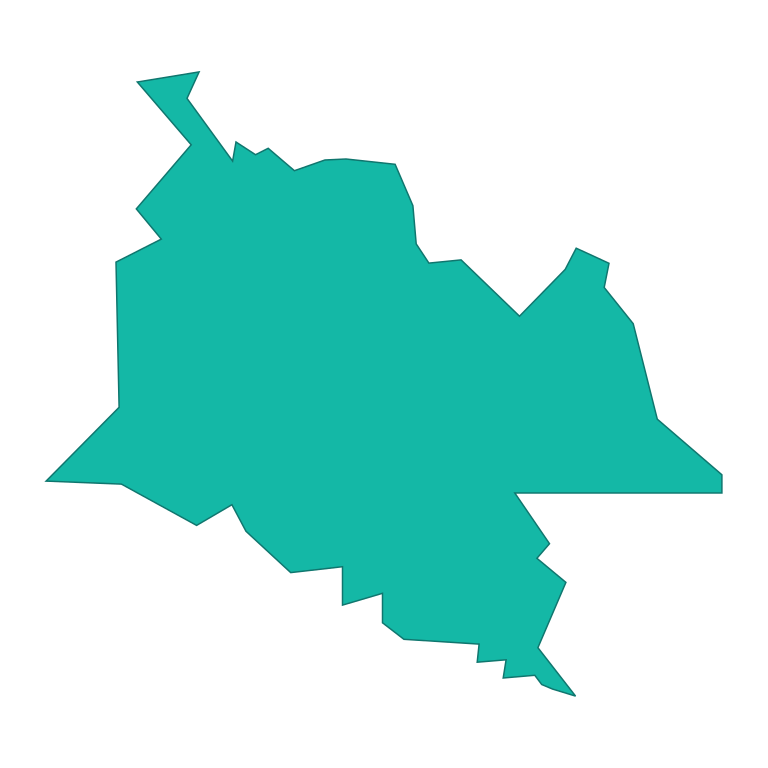 the district of Fier, Fier, Albania
{"feature_id": "67620474B94080737422449", "entity_name": "Fier", "entity_type": "district", "adm_level": 2, "iso_a3": "ALB", "parent_name": "Albania", "parent_adm1": "Fier", "projection": "natural_earth1", "projection_center": [19.572, 40.718], "detail": "fine", "context": "isolated", "style": "filled", "palette": "teal", "viewbox_px": 768, "rotation_deg": 0, "n_neighbors": 0, "source": "geoboundaries", "source_scale": "gbopen_adm2", "svg_char_len": 823}
<svg xmlns="http://www.w3.org/2000/svg" viewBox="0 0 768 768"><path d="M199.1,71.9L137.3,82.0L191.2,144.8L136.3,208.9L161.3,239.1L116.0,262.1L119.1,407.3L46.1,481.1L121.4,484.1L196.6,525.4L231.9,504.7L246.0,531.3L290.7,572.6L342.5,566.7L342.5,605.1L382.5,593.3L382.5,622.8L403.9,639.3L479.1,644.1L477.2,662.2L506.1,659.8L503.2,678.0L514.6,677.0L514.9,677.0L532.2,675.5L534.8,675.3L541.7,684.5L552.6,689.1L575.6,696.1L575.4,695.9L537.9,647.7L565.9,582.4L536.9,558.3L549.5,543.7L514.8,493.0L721.9,493.0L721.9,474.8L657.3,419.2L633.2,323.7L604.2,287.5L609.0,263.3L576.2,248.2L565.2,269.4L519.5,316.2L461.1,259.9L428.9,263.1L416.2,243.9L412.9,205.7L395.1,164.3L346.0,159.0L324.9,160.0L294.4,170.7L268.2,148.3L255.5,154.7L236.0,142.0L232.6,161.1L187.0,98.4L199.1,71.9Z" fill="#14b8a6" stroke="#0f766e" stroke-width="1.5"/></svg>